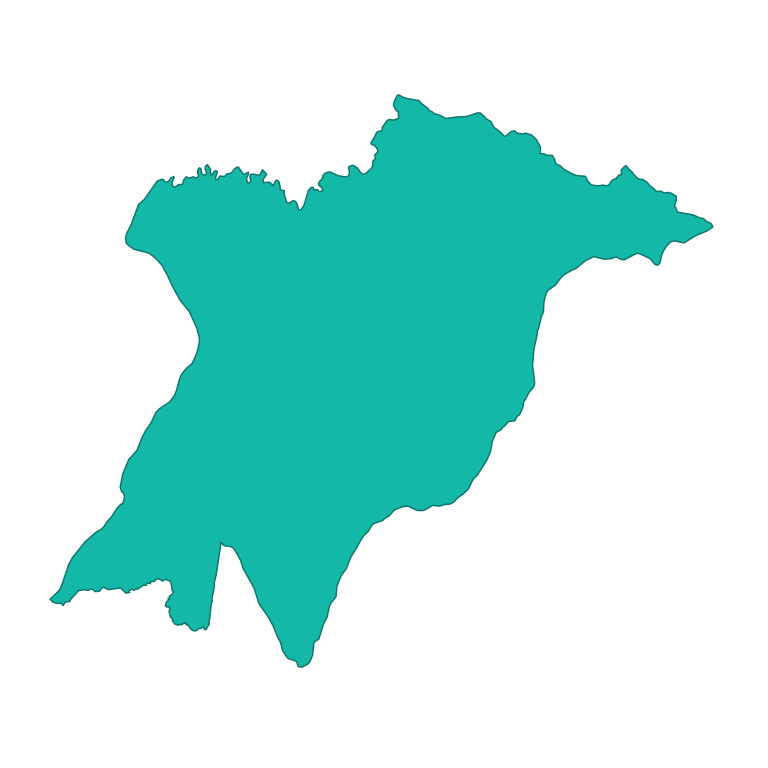 the district of Puerto Nare, Antioquia, Colombia, rotated 185°
{"feature_id": "7082276B40653631008406", "entity_name": "Puerto Nare", "entity_type": "district", "adm_level": 2, "iso_a3": "COL", "parent_name": "Colombia", "parent_adm1": "Antioquia", "projection": "natural_earth1", "projection_center": [-74.693, 6.141], "detail": "fine", "context": "isolated", "style": "filled", "palette": "teal", "viewbox_px": 768, "rotation_deg": 185, "n_neighbors": 0, "source": "geoboundaries", "source_scale": "gbopen_adm2", "svg_char_len": 6144}
<svg xmlns="http://www.w3.org/2000/svg" viewBox="0 0 768 768"><g transform="rotate(185 384 384)"><path d="M697.9,140.5L694.6,137.7L690.2,136.9L687.4,137.5L684.1,135.6L682.9,138.7L678.1,140.0L677.3,142.3L670.7,150.9L669.5,151.8L664.4,153.0L660.6,152.6L658.3,154.2L656.6,154.2L653.8,152.1L652.2,152.2L649.1,153.0L647.7,155.5L645.8,157.1L640.7,155.1L628.7,157.9L622.8,153.1L619.3,154.3L620.1,155.6L618.2,157.2L616.8,157.4L615.0,156.7L613.8,158.0L611.0,158.3L610.5,159.6L609.0,160.2L606.6,162.3L603.4,162.9L602.7,164.7L600.4,165.4L599.5,164.8L598.7,167.0L595.9,167.1L593.2,170.2L589.7,169.7L587.4,168.4L585.2,170.4L579.9,169.1L578.4,166.0L577.0,159.8L575.6,158.5L577.1,155.6L579.3,153.8L579.1,151.1L580.3,151.3L579.9,149.9L581.9,147.7L582.3,143.8L580.9,142.9L578.4,143.2L577.8,140.7L578.3,138.6L577.0,135.8L576.7,133.3L574.6,132.3L574.1,129.7L571.5,126.7L567.9,125.7L566.6,126.9L564.8,126.5L562.4,128.4L561.4,128.2L560.7,128.9L560.0,126.8L559.1,127.1L557.3,125.9L555.5,123.4L553.4,121.9L551.1,121.5L548.9,122.2L547.7,124.1L545.0,124.6L542.9,126.7L541.2,123.8L539.9,123.9L537.1,129.6L537.7,132.5L537.2,135.0L536.9,150.7L536.1,152.6L536.7,155.3L535.3,167.5L535.8,171.4L534.6,178.6L532.5,211.9L529.0,208.9L523.0,208.8L519.7,207.4L516.2,202.9L511.4,195.6L508.3,188.1L495.7,169.5L489.3,154.1L478.9,141.7L473.2,133.1L467.8,122.3L464.9,118.3L461.6,109.5L457.0,103.4L455.6,102.2L447.8,100.4L446.3,98.8L445.1,95.4L443.9,94.8L440.9,94.9L435.5,98.4L433.4,101.3L431.5,107.8L431.3,119.8L429.8,122.0L426.7,124.2L423.4,139.5L420.3,147.1L419.0,157.8L417.6,161.5L414.7,165.4L413.2,168.5L413.3,178.5L409.9,189.5L405.4,196.8L401.9,208.9L397.4,217.5L393.1,227.4L390.7,231.4L386.8,235.8L383.7,242.3L381.9,244.2L373.6,247.8L371.7,250.1L367.5,253.0L362.6,259.6L354.3,263.6L349.1,264.3L340.0,261.0L334.4,261.3L332.9,261.7L324.8,267.3L318.8,267.2L316.3,267.8L312.8,269.3L307.8,270.2L304.4,272.2L300.8,277.0L295.4,281.5L290.7,286.9L287.1,296.5L283.1,301.5L275.3,316.2L272.1,325.5L271.0,336.6L268.2,345.3L263.0,349.1L261.6,351.8L260.4,352.4L256.6,357.5L250.4,358.8L248.6,363.3L246.3,365.3L243.8,372.3L243.2,378.8L241.9,380.6L238.9,388.1L235.2,393.2L234.1,396.1L234.1,399.0L237.6,415.1L237.7,431.8L235.7,446.9L236.0,450.1L235.0,452.1L232.9,466.0L231.5,469.1L231.8,479.8L231.1,485.5L229.2,491.3L221.8,497.5L217.1,505.3L214.0,508.6L206.9,513.7L202.8,515.8L193.9,524.5L186.2,529.2L175.3,527.5L168.5,528.7L164.6,530.6L163.4,530.6L158.3,528.7L155.5,528.7L144.4,535.7L141.5,536.3L129.9,532.2L125.2,527.3L123.0,526.2L121.1,526.6L119.6,529.0L118.6,537.1L117.1,540.9L114.8,545.6L111.0,550.6L107.2,551.9L97.5,550.7L86.3,559.0L76.1,564.4L70.1,569.0L70.6,570.3L72.5,572.6L77.1,574.1L79.9,576.6L83.9,577.0L90.7,579.4L106.6,580.8L108.9,585.4L110.2,586.6L108.8,592.5L109.3,596.5L115.0,599.3L116.9,599.6L121.8,598.7L124.9,600.3L127.9,599.6L129.9,599.9L132.3,602.2L136.1,604.5L139.8,608.0L144.0,610.2L148.5,610.4L153.0,614.0L155.8,617.3L158.7,619.2L161.8,622.6L163.1,621.9L166.2,618.1L165.7,613.2L168.2,612.6L170.8,609.0L174.8,606.5L177.3,602.0L179.2,600.9L183.0,601.2L188.0,600.0L194.7,600.3L199.2,604.5L201.0,607.8L202.1,608.5L210.0,608.4L214.9,609.8L223.4,613.5L227.8,616.9L232.0,618.3L234.0,623.3L236.2,626.3L242.5,626.1L244.3,627.2L248.3,627.1L248.9,633.9L253.7,641.0L258.9,645.0L264.8,646.2L267.8,645.1L272.9,645.4L276.3,647.6L279.2,646.6L284.1,641.8L285.7,641.2L289.8,644.9L297.1,649.4L300.2,654.6L305.6,657.2L306.9,659.0L311.8,662.4L314.6,662.2L324.8,657.7L334.5,656.4L345.5,653.9L351.6,656.6L357.3,657.6L360.2,659.6L362.3,660.0L364.2,662.3L371.2,666.7L374.0,669.4L385.3,670.3L389.9,671.3L394.3,673.2L396.0,672.6L398.3,666.6L398.9,662.5L395.6,657.4L393.5,656.6L392.6,650.1L396.8,647.8L401.9,647.9L403.9,646.7L408.2,639.3L407.9,636.6L408.8,635.8L411.4,635.3L413.3,633.8L415.1,628.8L418.1,623.3L417.2,621.5L414.3,620.9L411.1,617.5L410.3,615.6L410.8,614.1L413.2,611.3L412.1,607.8L414.5,605.1L414.2,600.7L415.4,597.5L421.3,591.5L422.7,591.2L425.4,592.2L428.8,596.4L432.5,598.8L434.4,599.1L436.8,598.1L437.8,597.5L438.1,596.2L436.9,592.2L437.0,589.7L438.1,587.7L439.9,586.9L447.8,587.5L456.3,590.5L458.2,590.3L461.1,588.7L462.8,586.7L463.5,583.0L466.1,579.8L466.7,577.8L465.8,576.0L462.5,573.6L461.8,571.7L463.3,570.3L465.1,570.0L467.3,571.8L470.4,571.2L471.6,573.5L473.7,573.6L476.3,569.9L479.2,555.0L482.0,550.1L483.3,549.9L484.4,550.6L486.5,556.3L488.6,558.4L490.5,558.8L494.4,555.8L496.6,556.4L499.7,563.6L500.3,567.9L504.0,568.4L505.9,575.7L507.0,577.0L508.7,577.7L509.7,577.2L511.5,572.0L515.7,575.1L521.3,574.1L522.2,575.9L522.2,577.4L519.3,582.2L519.7,583.3L523.6,586.6L524.1,586.1L523.4,585.6L524.5,584.9L525.8,581.7L526.7,581.0L531.5,581.7L534.0,581.5L535.2,580.8L535.6,578.7L534.5,574.6L534.8,573.5L535.8,572.6L537.5,572.8L538.6,575.2L538.7,577.7L537.3,581.1L537.4,582.9L538.3,582.8L541.3,580.7L542.3,580.8L547.9,587.3L549.5,587.0L551.2,585.7L554.8,580.7L559.0,579.4L561.1,576.6L565.2,577.0L566.3,575.7L567.1,573.5L569.1,572.8L569.9,575.4L568.7,579.1L568.7,581.3L570.4,581.6L571.6,581.1L573.4,577.5L574.4,577.4L575.1,578.6L575.5,582.8L579.0,587.0L580.3,586.1L581.0,584.3L580.8,582.3L579.3,579.2L579.5,576.7L582.0,576.6L583.7,577.4L584.5,579.0L585.1,582.6L586.6,583.2L587.6,582.2L588.2,580.4L588.1,578.2L587.0,575.4L587.8,573.3L589.3,572.6L592.1,573.8L596.0,572.0L599.0,573.1L601.4,569.7L602.0,565.3L606.0,564.7L609.4,562.0L610.6,562.1L612.6,564.1L612.6,566.6L611.1,571.3L611.5,572.3L614.3,570.7L616.0,567.6L617.6,566.3L619.6,566.3L621.8,568.4L623.1,568.6L627.6,566.4L638.8,547.1L644.1,541.4L649.8,520.7L653.6,511.1L654.2,507.3L653.1,502.1L650.7,499.8L644.9,496.5L629.5,493.9L622.5,489.4L615.9,483.3L609.4,473.7L603.4,463.2L594.2,449.4L584.2,439.1L575.5,423.7L572.5,415.6L571.5,410.6L572.3,403.5L573.2,398.2L576.8,387.9L582.2,382.5L586.7,375.7L588.4,369.7L590.2,359.2L592.0,353.9L595.7,347.6L605.2,340.1L608.7,335.8L613.0,324.3L617.4,316.8L620.2,309.9L624.4,296.2L631.6,286.7L636.4,271.7L637.8,258.5L636.2,254.2L633.8,252.3L632.8,249.6L632.8,246.3L634.0,242.1L636.0,241.0L639.2,236.7L643.6,228.5L648.5,221.6L650.4,217.7L653.3,214.4L658.2,211.0L668.4,200.2L679.2,183.9L682.4,176.6L687.3,156.1L689.4,150.2L697.9,140.5Z" fill="#14b8a6" stroke="#0f766e" stroke-width="1.5"/></g></svg>